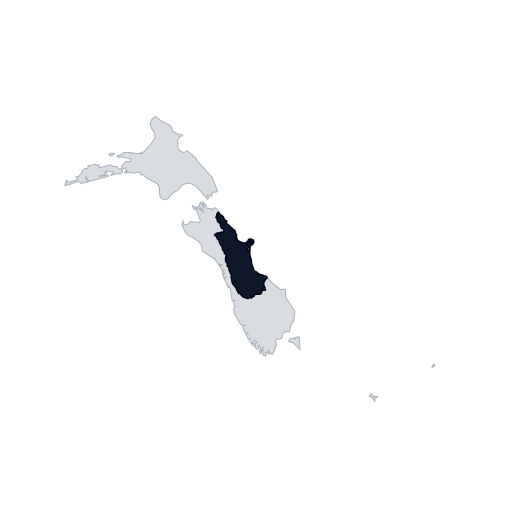 where Canterbury sits in New Zealand, rotated 288°
{"feature_id": "NZL-3400", "entity_name": "Canterbury", "entity_type": "Regional Council", "adm_level": 1, "iso_a3": "NZL", "parent_name": "New Zealand", "parent_adm1": "", "projection": "mercator", "projection_center": [172.324, -43.488], "detail": "fine", "context": "in_parent", "style": "filled", "palette": "ink", "viewbox_px": 512, "rotation_deg": 288, "n_neighbors": 0, "source": "natural_earth", "source_scale": "10m", "svg_char_len": 9451}
<svg xmlns="http://www.w3.org/2000/svg" viewBox="0 0 512 512"><g transform="rotate(288 256 256)"><path d="M270.5,192.1L272.4,192.2L280.6,185.9L283.9,184.5L284.8,184.4L283.0,186.3L283.4,187.6L281.5,192.0L283.1,191.3L284.1,188.3L285.2,187.7L284.8,186.0L289.7,186.6L288.0,189.6L285.4,191.3L287.0,191.4L290.7,188.4L290.7,190.2L285.9,195.3L287.4,198.2L286.1,200.5L287.5,200.2L289.3,202.0L288.3,204.4L283.0,210.5L282.2,213.5L277.5,218.9L272.2,229.0L262.6,235.5L264.4,237.3L261.1,239.8L263.7,239.3L265.6,243.2L269.9,244.5L270.2,248.2L267.4,249.3L264.6,247.5L260.7,248.2L262.0,246.6L260.3,245.6L257.4,248.7L253.1,245.0L255.5,249.4L247.1,254.3L243.6,254.7L242.3,257.4L240.3,257.6L241.5,258.5L238.8,272.3L236.5,272.3L238.6,273.8L238.3,275.2L235.5,279.2L231.6,289.9L233.1,292.4L232.9,294.3L225.8,297.1L215.3,310.1L205.9,312.0L200.5,310.4L194.3,311.4L193.3,307.7L191.2,305.7L185.6,305.8L183.0,301.7L180.7,300.7L178.0,302.9L169.3,302.5L167.7,301.8L167.4,300.3L170.7,296.3L167.7,298.5L166.4,298.2L167.7,296.4L167.5,294.7L163.9,296.4L164.2,292.9L172.1,290.6L169.0,290.3L168.8,289.1L171.9,286.4L167.8,286.7L168.5,283.6L170.8,283.6L169.9,281.4L174.6,283.7L174.0,281.5L175.8,280.9L172.6,279.3L172.5,277.1L174.1,275.4L176.2,276.1L174.8,274.2L178.7,270.4L179.6,273.3L179.9,269.1L184.7,265.1L186.7,266.7L185.8,262.9L194.1,253.5L198.6,251.1L201.1,251.5L205.3,248.6L207.1,249.7L206.4,247.7L207.0,246.7L217.7,241.4L217.7,239.6L218.9,239.4L218.1,238.9L224.2,233.1L226.7,233.5L225.2,231.9L227.8,230.3L230.2,231.5L228.8,229.7L231.1,228.6L232.2,230.1L232.3,227.9L236.0,223.3L236.7,227.0L237.1,226.5L236.9,222.8L239.5,218.5L241.5,217.7L240.5,216.4L244.3,203.2L248.3,201.6L251.7,197.7L254.1,190.4L254.8,185.0L257.0,181.0L262.9,175.9L267.8,175.9L264.4,176.4L263.9,179.1L264.9,181.3L268.5,182.9L270.5,192.1ZM268.1,54.3L273.3,63.0L275.9,60.3L276.3,62.4L281.3,64.7L282.3,63.9L286.5,66.2L287.1,69.3L289.9,68.3L293.5,74.9L293.0,76.6L294.1,78.9L291.2,79.2L297.7,89.4L296.9,93.0L298.0,95.4L296.4,100.0L299.1,101.4L300.1,100.3L305.7,103.1L307.1,107.4L309.6,107.3L308.7,97.0L307.1,94.3L308.3,92.7L311.9,98.1L313.3,97.9L315.0,102.4L316.8,112.1L319.1,115.1L317.8,114.6L317.6,115.4L318.7,116.3L329.4,121.3L337.5,123.4L342.1,121.4L344.8,117.5L349.3,114.4L353.6,114.7L357.8,117.2L355.5,122.7L353.5,134.8L348.8,138.3L347.8,144.5L348.6,147.0L347.7,149.1L345.8,146.4L341.5,145.6L334.3,148.7L332.4,151.7L332.1,155.6L334.9,158.1L330.6,168.3L328.1,171.1L316.7,190.7L305.9,199.2L304.5,198.5L303.6,195.1L299.0,195.2L299.3,191.3L298.7,190.9L297.0,193.1L295.0,192.3L303.5,178.1L305.0,171.1L303.4,167.4L301.0,164.0L293.9,161.0L290.5,157.5L283.7,154.7L281.8,152.9L281.0,150.7L282.3,147.0L285.9,144.7L291.2,143.3L294.4,139.6L296.3,128.1L298.3,124.0L297.7,121.4L299.7,119.5L296.5,112.3L297.1,110.1L296.2,109.8L294.2,105.2L295.4,105.0L296.6,107.6L297.7,105.4L299.7,104.9L297.4,102.1L294.5,102.9L292.4,102.0L290.9,97.7L287.8,93.0L288.7,92.9L291.2,95.2L292.1,93.4L290.5,90.7L291.1,88.0L289.1,86.4L288.9,88.1L285.4,85.6L283.4,81.4L283.5,83.5L287.5,89.7L286.4,91.0L285.7,90.4L275.3,74.1L278.8,69.7L276.7,70.5L274.7,73.3L273.7,72.1L273.1,70.1L270.6,67.4L271.7,65.8L271.7,63.7L263.9,52.7L269.4,52.2L268.1,54.3ZM187.4,313.4L190.5,318.3L188.8,318.0L188.9,319.1L192.0,320.1L192.0,322.3L180.5,326.8L185.0,318.4L184.7,313.6L187.4,313.4ZM158.8,411.6L159.9,415.0L156.2,413.2L154.2,414.0L157.1,410.7L157.6,407.2L160.3,407.7L158.8,411.6ZM309.1,86.7L309.8,89.8L306.5,87.5L306.3,85.9L307.2,84.7L309.1,86.7ZM283.4,183.2L281.3,184.5L281.8,181.7L284.2,180.0L283.4,183.2ZM168.0,289.3L167.7,291.0L164.5,290.3L167.0,288.4L168.0,289.3ZM207.1,457.9L208.0,459.2L206.3,459.8L204.6,457.8L207.1,457.9ZM171.7,278.4L172.4,281.1L170.3,279.8L171.7,278.4Z" fill="#d9dde1" stroke="#a8b0b8" stroke-width="1"/><path d="M286.1,207.0L284.8,208.3L284.4,209.1L284.2,209.6L284.1,210.0L284.1,210.7L284.0,211.1L283.9,211.3L283.6,211.9L283.3,212.3L283.0,212.9L282.7,213.2L282.0,213.7L281.6,214.0L281.1,214.8L280.9,214.9L280.7,214.9L280.5,215.4L280.3,215.6L280.1,215.7L280.0,215.9L280.0,216.2L280.0,216.4L280.3,216.8L280.4,217.0L280.2,217.3L279.9,216.8L279.7,216.7L279.4,216.7L279.2,216.7L278.9,217.1L278.7,217.1L278.5,217.3L277.7,218.3L277.4,219.2L277.1,220.1L276.7,220.9L276.0,221.3L276.0,221.5L276.4,221.6L275.1,224.3L274.9,225.1L274.7,225.6L274.4,226.0L273.9,226.2L273.8,226.4L273.9,226.9L273.9,227.1L273.9,227.4L273.8,227.6L273.7,227.8L273.4,228.0L273.4,228.3L273.3,228.5L273.2,228.6L272.5,229.1L272.3,229.1L271.8,229.2L271.2,229.5L271.1,229.8L271.0,230.0L270.9,230.2L270.8,230.4L270.0,231.0L267.8,231.5L267.3,231.8L266.9,232.3L265.6,233.2L265.4,233.6L265.0,234.6L264.7,235.2L264.6,235.3L264.6,235.7L264.7,235.9L264.6,236.5L264.6,237.0L264.5,238.2L264.4,238.3L264.3,238.7L264.4,239.1L264.7,240.5L265.1,241.8L265.1,242.2L264.9,241.9L264.7,241.9L264.6,242.0L264.7,242.3L265.0,242.5L266.0,242.8L265.5,243.0L264.5,243.1L264.0,243.2L263.5,243.6L263.7,243.8L264.2,243.9L264.5,244.0L264.9,243.6L265.5,243.4L266.0,243.4L266.3,243.5L266.4,243.8L266.5,244.1L266.7,244.3L266.7,244.2L266.8,243.7L267.0,243.1L267.4,243.4L267.5,243.5L267.5,243.9L267.5,244.5L267.9,244.4L268.0,244.2L268.1,243.9L268.3,243.8L268.6,243.9L268.8,244.0L269.0,244.2L269.1,244.5L269.5,243.9L269.8,244.2L270.0,244.5L270.4,244.9L270.4,245.1L270.3,245.5L270.5,245.9L270.5,246.0L270.6,246.6L270.5,247.2L270.4,247.9L270.2,248.4L270.0,248.1L269.6,248.7L269.3,248.6L269.2,249.1L268.9,249.0L268.6,249.2L268.6,248.9L268.4,248.4L268.3,248.1L268.3,247.8L268.3,247.6L268.3,247.4L268.1,247.1L268.0,246.8L268.1,246.5L268.1,246.2L267.9,246.1L267.6,246.2L267.5,246.5L267.7,246.9L267.5,247.5L267.5,248.1L267.7,248.7L268.2,249.5L267.7,249.5L266.7,249.5L266.5,249.4L266.1,248.9L265.7,249.0L265.5,248.9L265.2,248.4L264.6,247.8L264.6,247.5L264.9,247.1L264.6,247.1L264.1,247.3L262.8,247.5L262.4,247.7L261.4,247.8L260.0,248.3L259.4,248.4L259.2,248.4L259.3,248.1L259.5,247.9L260.1,247.8L262.5,246.9L262.8,246.9L263.0,246.8L262.9,246.7L262.4,246.4L262.2,246.3L261.7,246.4L261.4,246.3L261.3,246.2L261.1,245.8L261.0,245.7L260.6,245.5L260.2,245.5L259.7,245.7L259.3,245.8L259.0,246.1L258.9,246.6L258.8,247.3L258.8,247.8L258.9,248.3L258.6,248.7L257.1,249.0L256.9,248.9L256.6,249.0L256.3,249.4L255.6,249.6L255.2,249.9L253.6,250.7L250.5,253.0L250.0,253.1L249.7,253.0L248.1,254.0L247.5,254.2L247.2,254.3L246.7,254.8L246.2,255.0L245.8,255.3L245.3,255.4L244.9,256.0L244.4,256.3L244.2,256.5L243.2,257.5L242.8,257.8L242.5,257.6L242.0,257.9L241.9,258.2L241.9,258.4L241.0,260.0L240.9,260.3L240.9,261.6L240.8,262.0L240.6,262.3L240.1,262.9L240.1,263.1L240.1,263.4L240.1,263.6L239.9,263.7L239.7,263.7L239.3,264.0L239.6,264.4L239.7,265.2L239.7,266.9L239.9,268.0L239.9,268.4L239.8,268.8L239.6,269.0L239.4,269.1L239.3,269.4L239.7,269.5L239.9,270.0L239.9,270.8L239.7,272.1L239.6,272.6L239.4,272.9L239.2,273.2L238.5,273.1L236.8,272.4L233.9,271.6L232.6,271.9L231.9,272.0L231.3,272.1L230.7,272.4L228.2,274.7L226.6,275.6L226.3,275.3L226.0,274.7L225.8,274.2L225.7,273.5L225.8,273.0L225.6,272.6L225.3,272.4L224.6,272.3L223.2,272.7L222.1,272.6L221.6,272.3L221.2,271.9L220.7,271.1L220.2,269.7L219.7,268.1L219.3,267.3L218.8,266.7L218.3,266.4L217.1,266.6L216.2,265.6L215.8,265.0L215.3,265.1L214.9,264.8L214.6,264.4L214.4,262.9L214.1,262.3L213.7,261.9L213.2,261.7L213.1,261.4L213.0,260.8L213.0,256.7L213.1,256.2L213.4,255.7L213.6,255.3L214.0,254.7L214.3,254.2L214.6,253.6L215.0,252.9L215.2,252.4L215.1,251.1L215.9,250.1L216.5,249.6L217.0,248.9L219.6,246.8L220.0,246.0L220.4,245.6L220.7,245.0L221.1,244.5L221.5,243.9L221.7,243.4L222.0,242.9L222.4,242.4L223.7,241.3L224.2,241.0L225.8,240.4L227.9,239.1L228.7,238.8L229.3,238.7L229.5,238.8L230.0,238.8L231.5,237.1L234.3,234.8L236.0,234.0L236.6,233.6L237.6,231.8L238.2,231.4L238.5,231.5L239.8,231.1L240.1,230.9L240.3,230.7L240.5,230.1L240.7,229.7L241.4,229.0L241.7,228.7L242.4,228.4L242.9,228.4L243.2,228.3L243.5,228.2L243.8,227.9L244.4,227.7L244.6,227.7L244.8,227.7L244.9,227.8L245.0,227.8L245.7,227.6L246.4,227.6L247.0,227.4L247.8,227.4L248.0,227.3L248.2,227.1L248.3,226.8L248.3,226.5L248.5,225.9L248.6,225.4L248.7,225.1L248.8,225.0L249.6,224.8L250.6,224.2L250.7,223.8L250.8,223.5L251.1,223.0L251.5,222.5L251.8,222.2L252.3,221.9L252.5,221.8L253.0,221.7L253.3,221.6L253.7,221.4L254.2,221.0L254.6,220.1L255.4,219.5L255.5,219.3L255.7,219.0L256.0,218.7L256.3,218.1L256.6,217.9L257.6,217.1L258.4,216.4L258.9,216.1L259.2,216.1L259.6,215.9L259.8,215.7L259.9,215.4L259.9,215.2L260.1,214.7L260.3,214.3L260.4,213.9L260.8,213.7L261.1,213.6L261.4,213.3L262.2,212.4L262.4,211.9L262.8,210.7L262.9,210.2L263.1,210.1L263.4,210.0L263.9,210.2L264.1,210.3L264.4,211.0L264.7,211.1L265.0,211.2L265.5,211.5L265.8,211.9L265.9,212.2L266.1,212.7L266.3,213.0L266.3,213.3L266.2,213.6L266.2,213.9L266.3,214.1L266.6,214.3L266.9,214.4L267.2,214.5L267.4,215.0L267.6,215.3L267.7,215.5L267.8,215.7L268.4,216.2L268.4,216.5L268.3,216.9L268.3,217.1L268.5,217.3L268.8,217.4L269.0,217.5L269.4,217.9L269.7,217.9L269.9,217.7L270.5,217.3L270.8,217.2L271.1,217.0L271.4,216.6L271.8,216.1L272.1,215.5L272.1,215.2L271.7,214.9L271.9,214.6L272.3,214.2L272.8,213.7L273.7,212.9L274.2,212.6L275.7,212.0L276.0,211.7L276.1,211.4L276.2,211.1L276.3,210.4L276.7,209.2L277.7,208.3L278.1,208.1L278.5,207.8L278.8,207.7L279.2,207.5L279.4,207.2L279.8,207.0L280.0,206.8L280.3,206.1L280.5,205.8L280.8,205.9L281.0,206.2L281.2,206.5L281.3,206.6L281.5,206.5L281.7,206.3L282.1,206.1L283.4,205.8L283.7,205.8L283.9,205.9L284.1,206.0L284.4,206.1L284.8,206.2L285.1,206.2L285.4,206.2L285.5,206.3L286.1,207.0Z" fill="#0f172a" stroke="#020617" stroke-width="1.5"/></g></svg>